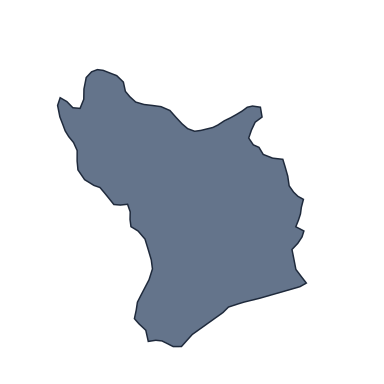 the district of Delta, Minas Gerais, Brazil, rotated 343°
{"feature_id": "56859067B91011546493920", "entity_name": "Delta", "entity_type": "district", "adm_level": 2, "iso_a3": "BRA", "parent_name": "Brazil", "parent_adm1": "Minas Gerais", "projection": "natural_earth1", "projection_center": [-47.811, -19.931], "detail": "fine", "context": "isolated", "style": "filled", "palette": "slate", "viewbox_px": 384, "rotation_deg": 343, "n_neighbors": 0, "source": "geoboundaries", "source_scale": "gbopen_adm2", "svg_char_len": 1420}
<svg xmlns="http://www.w3.org/2000/svg" viewBox="0 0 384 384"><g transform="rotate(343 192 192)"><path d="M282.2,130.9L275.0,127.5L269.6,127.1L263.8,129.2L257.0,130.9L250.5,132.3L243.9,133.3L236.4,135.5L230.8,136.4L218.5,135.7L212.3,134.7L206.4,130.2L202.4,123.9L198.5,115.9L194.7,107.6L187.3,101.3L179.5,97.7L171.7,94.3L164.4,89.5L160.3,82.5L157.7,76.3L158.5,66.8L154.1,58.8L147.9,53.9L142.6,49.7L137.3,47.3L131.1,47.7L124.3,51.6L118.8,61.9L115.6,71.7L109.4,79.3L102.7,76.6L98.8,69.0L93.5,63.3L88.8,69.9L87.6,81.5L88.2,89.7L88.6,96.5L90.3,103.0L93.2,110.1L94.3,118.8L91.2,128.8L89.4,137.5L92.9,148.8L100.1,157.0L105.3,160.8L108.0,167.1L110.8,174.0L113.6,181.1L119.6,183.5L126.8,184.9L127.1,192.9L124.7,200.2L123.5,207.3L129.0,213.5L133.3,223.3L133.3,234.4L133.2,245.1L131.7,254.0L125.3,263.3L119.4,269.3L113.0,275.8L107.6,281.4L104.1,288.7L99.9,296.3L102.7,302.5L107.4,310.7L106.5,322.1L114.0,323.2L119.7,325.6L128.8,334.3L136.7,336.7L150.6,328.3L186.4,316.3L193.2,312.7L202.6,312.5L209.7,312.5L226.1,313.4L267.6,314.1L274.7,312.5L272.0,305.4L268.7,296.4L270.0,284.1L270.8,276.2L278.2,272.0L284.1,267.1L287.6,262.0L281.1,255.6L285.6,250.0L289.3,244.7L292.1,238.6L296.4,231.6L292.0,227.1L289.1,221.8L286.7,214.5L288.2,204.8L288.4,195.3L288.4,187.3L279.0,183.2L271.1,176.9L269.1,168.9L264.4,164.8L262.0,157.0L267.0,150.1L272.8,143.7L280.9,140.8L282.2,130.9Z" fill="#64748b" stroke="#1e293b" stroke-width="1.5"/></g></svg>